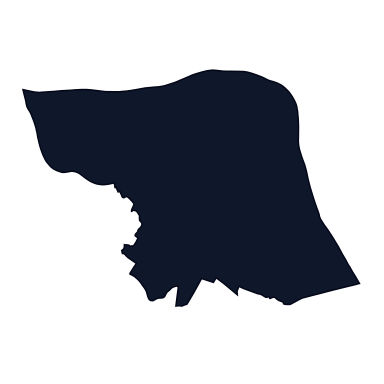 Thi xa Cao Lanh, Ðong Tháp, Vietnam (Albers equal-area conic projection), rotated 172°
{"feature_id": "81297802B60372874404879", "entity_name": "Thi xa Cao Lanh", "entity_type": "district", "adm_level": 2, "iso_a3": "VNM", "parent_name": "Vietnam", "parent_adm1": "Ðong Tháp", "projection": "albers", "projection_center": [105.634, 10.46], "detail": "fine", "context": "isolated", "style": "filled", "palette": "ink", "viewbox_px": 384, "rotation_deg": 172, "n_neighbors": 0, "source": "geoboundaries", "source_scale": "gbopen_adm2", "svg_char_len": 5625}
<svg xmlns="http://www.w3.org/2000/svg" viewBox="0 0 384 384"><g transform="rotate(172 192 192)"><path d="M76.4,262.2L76.5,263.0L76.8,264.8L77.6,267.6L78.4,269.9L79.5,272.6L81.0,275.6L82.4,278.1L83.9,280.1L85.9,282.6L87.3,284.1L88.8,285.5L91.8,287.6L93.7,288.7L96.5,290.1L99.1,291.2L101.0,292.2L104.0,294.3L106.9,296.2L111.4,298.7L116.5,301.3L121.2,303.3L121.5,303.3L124.2,304.1L128.2,304.8L137.8,306.3L142.0,306.9L145.1,307.5L149.3,308.6L152.1,309.3L154.0,309.7L156.1,309.9L158.4,309.9L160.4,309.9L165.4,309.4L166.9,309.2L171.6,308.5L175.8,307.7L180.3,306.4L184.0,305.4L188.6,304.2L190.4,303.7L191.9,303.3L194.4,302.7L199.6,301.8L203.1,301.2L205.5,300.9L208.1,300.8L210.5,300.8L214.9,301.1L219.3,301.3L224.1,301.5L228.9,301.3L233.6,301.1L238.3,301.0L241.5,301.0L244.6,301.1L247.2,301.3L250.6,301.4L251.0,301.5L252.4,301.7L254.4,302.0L259.0,302.7L261.7,303.1L264.5,303.6L271.1,305.4L277.9,307.2L282.5,308.2L287.9,308.9L293.7,309.4L297.4,309.6L298.9,309.7L306.9,310.4L310.6,310.6L314.8,310.8L321.7,311.3L327.0,311.7L329.4,311.8L331.5,312.3L334.0,312.9L337.5,314.1L342.9,316.1L345.1,316.9L345.0,315.4L344.6,311.6L343.9,305.4L343.9,303.2L343.7,300.7L343.4,299.0L342.8,297.2L341.8,295.0L341.0,293.1L340.5,291.5L340.0,289.3L339.2,286.0L338.5,282.8L337.9,279.1L337.6,277.3L337.5,275.2L337.2,272.1L337.1,267.6L336.8,264.6L336.6,262.1L336.2,258.5L335.7,255.5L335.0,252.0L334.5,249.8L333.8,247.5L332.7,244.1L331.7,241.9L330.3,239.7L329.2,237.9L328.1,236.4L326.6,234.8L325.2,233.6L324.0,232.8L322.1,231.6L320.3,230.7L318.5,229.8L318.2,229.7L317.3,229.4L315.5,229.2L311.9,229.2L309.0,229.4L308.3,229.3L307.9,229.3L307.0,229.1L305.8,228.7L304.7,228.3L302.9,227.4L301.7,226.6L300.6,225.7L298.2,223.3L296.1,221.1L293.6,218.8L291.1,216.7L289.0,215.3L286.9,214.1L285.0,213.2L282.5,212.4L280.0,211.8L277.9,211.5L275.9,211.4L273.6,211.4L269.1,211.7L267.7,211.9L267.7,210.8L267.6,207.2L266.4,207.2L266.4,206.5L266.1,205.6L265.1,202.3L263.4,202.6L262.7,200.4L261.7,196.7L261.2,196.2L260.8,195.9L260.4,195.9L259.9,195.9L259.3,196.2L258.7,196.4L258.0,196.6L257.3,196.5L256.6,196.2L256.0,195.6L254.6,193.9L252.5,190.9L251.7,189.6L251.2,188.7L251.2,188.3L251.3,187.7L252.2,186.0L253.7,183.7L254.5,181.9L254.6,181.4L254.5,181.2L254.4,181.2L254.2,181.3L253.3,181.9L252.9,182.1L252.5,182.1L252.0,181.9L250.7,181.4L249.9,180.9L249.5,180.6L249.2,180.0L248.5,178.6L247.8,177.0L247.2,175.9L247.1,175.7L247.4,174.9L247.6,174.4L247.7,174.0L247.6,173.6L247.6,173.2L247.6,172.9L247.7,172.5L247.9,171.8L247.8,171.4L247.6,170.8L247.2,170.1L246.4,169.0L246.1,168.4L246.0,167.8L246.0,167.3L246.2,166.5L246.7,165.6L247.4,164.5L248.3,163.7L249.1,163.3L249.9,162.7L250.8,161.6L251.0,161.1L251.1,160.6L251.3,160.3L251.5,160.0L252.1,159.5L253.5,158.4L254.2,157.5L254.4,157.0L254.4,156.8L254.3,156.5L253.3,155.4L251.8,154.0L254.5,150.1L255.0,149.5L255.8,148.7L256.4,147.8L256.9,147.4L257.4,147.1L257.8,146.8L259.3,147.0L259.8,146.9L260.2,146.9L260.7,146.8L260.8,146.9L261.1,147.3L261.7,147.8L261.8,148.1L262.7,148.3L263.4,148.6L264.0,148.8L264.5,148.8L265.2,148.9L265.7,148.9L266.0,149.0L266.3,149.2L266.4,148.6L266.5,147.6L266.8,146.6L267.4,145.5L267.8,145.0L268.4,144.5L269.1,144.3L269.5,144.0L269.8,143.7L269.7,143.4L269.6,142.7L269.6,141.7L269.5,141.0L269.1,140.6L268.5,140.6L268.0,140.4L267.6,140.1L267.0,139.4L266.1,137.9L265.2,136.9L264.3,135.7L264.0,135.5L263.6,135.1L263.3,134.8L262.2,133.9L261.2,132.9L258.8,130.7L257.0,129.0L259.6,126.2L263.3,121.8L264.1,120.9L264.7,120.0L264.9,119.6L264.8,119.3L264.4,119.0L263.7,118.6L262.6,117.8L261.5,117.0L260.3,115.9L259.4,114.9L258.3,113.6L256.8,111.6L255.9,110.2L254.8,108.3L254.3,107.0L253.2,105.0L252.2,103.1L251.3,100.7L251.0,100.0L250.8,98.5L250.3,94.7L249.9,93.0L249.7,92.3L248.9,91.0L248.6,90.7L248.2,90.4L247.6,90.2L246.4,89.9L245.6,89.8L245.2,89.9L244.7,90.2L243.4,90.7L242.4,91.1L240.4,91.6L239.8,91.6L238.7,91.5L236.6,91.3L235.9,91.3L235.4,91.4L234.6,91.7L234.1,92.0L233.5,92.5L232.9,93.4L232.2,94.4L231.4,95.5L230.4,96.5L227.9,98.0L226.6,99.0L226.3,99.4L225.1,100.0L224.8,100.2L223.6,100.5L222.6,100.8L221.4,100.9L220.4,101.0L219.2,101.1L219.1,100.0L218.9,99.0L219.3,97.8L221.3,90.6L223.8,81.3L223.4,81.3L222.9,81.3L221.2,81.2L220.5,81.1L219.5,80.9L218.5,80.6L217.8,80.5L217.4,80.5L216.7,80.8L216.1,81.0L214.4,81.3L213.5,81.4L212.6,81.7L212.3,82.0L205.9,90.0L205.1,91.0L199.4,98.5L194.6,105.0L183.4,99.5L180.0,103.7L174.8,98.5L173.2,96.9L167.2,90.3L161.4,83.9L161.3,86.9L160.9,88.1L159.7,90.2L158.7,92.1L156.7,90.8L154.6,89.4L152.6,88.3L149.6,86.7L143.4,83.4L141.2,82.2L140.1,81.8L138.6,81.3L137.7,80.8L136.8,80.1L134.6,78.3L133.7,77.6L133.2,77.4L132.9,77.3L132.5,77.3L132.1,77.4L131.4,77.8L131.1,77.7L130.5,77.5L130.3,77.1L130.0,76.3L129.8,75.9L129.6,75.7L129.4,75.7L128.5,76.0L127.0,76.4L125.9,76.5L125.4,76.5L125.1,76.4L124.6,76.1L123.8,75.2L122.9,74.1L121.4,72.7L120.4,72.1L119.0,71.4L117.8,70.7L117.1,70.1L116.9,69.7L116.9,69.3L116.9,68.8L116.8,68.5L116.6,68.3L115.9,68.0L114.5,67.6L112.6,67.3L111.4,67.1L110.3,67.1L109.6,67.3L101.9,70.2L98.4,71.4L97.3,71.7L93.7,72.1L87.8,72.8L77.7,73.9L72.8,74.5L67.5,75.1L60.0,75.9L52.3,76.7L45.9,77.3L42.9,77.6L40.2,78.0L38.9,78.1L41.8,85.2L44.6,91.6L46.1,95.6L47.5,98.5L49.2,103.3L52.0,110.1L54.7,117.5L59.0,127.5L62.9,135.8L65.8,141.2L66.7,143.3L67.9,145.8L68.5,147.4L68.7,147.8L69.2,150.1L69.3,152.3L69.8,155.0L70.7,159.1L71.8,164.6L72.9,171.0L73.7,176.0L74.2,179.2L74.5,181.5L74.8,184.1L75.3,188.9L75.7,194.9L75.9,197.5L76.3,200.8L76.8,203.9L77.7,208.0L78.5,211.7L79.5,218.0L79.8,220.9L79.9,223.3L79.7,227.0L78.7,233.5L77.5,241.4L77.1,245.0L76.6,250.0L76.5,252.8L76.2,257.0L76.4,260.1L76.4,262.2Z" fill="#0f172a" stroke="#020617" stroke-width="1.5"/></g></svg>